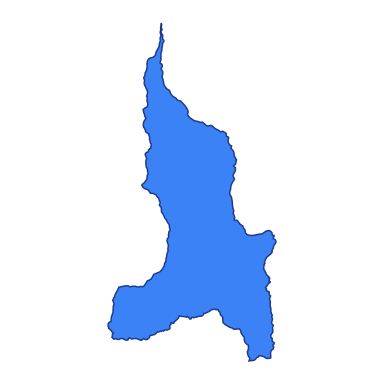 Campamento, Antioquia, Colombia
{"feature_id": "7082276B86795157011208", "entity_name": "Campamento", "entity_type": "district", "adm_level": 2, "iso_a3": "COL", "parent_name": "Colombia", "parent_adm1": "Antioquia", "projection": "orthographic", "projection_center": [-75.286, 7.07], "detail": "fine", "context": "isolated", "style": "filled", "palette": "blue", "viewbox_px": 384, "rotation_deg": 0, "n_neighbors": 0, "source": "geoboundaries", "source_scale": "gbopen_adm2", "svg_char_len": 6061}
<svg xmlns="http://www.w3.org/2000/svg" viewBox="0 0 384 384"><path d="M136.6,338.6L140.6,340.2L141.5,340.3L143.0,339.0L143.6,338.8L145.4,339.5L147.2,339.5L149.5,337.5L149.7,336.1L150.0,335.6L154.7,334.5L155.9,333.6L157.1,332.0L159.0,331.9L160.2,331.3L161.3,331.4L162.3,330.7L163.5,331.1L164.6,330.0L167.3,330.0L169.4,329.1L169.8,328.8L169.9,328.1L169.7,325.6L170.9,324.6L171.0,323.0L171.6,322.8L173.0,323.3L173.8,323.1L174.4,321.7L175.7,320.7L178.3,318.2L179.3,315.9L179.9,315.9L181.0,316.3L185.0,316.7L186.3,317.2L187.3,316.4L188.8,317.6L189.8,318.9L190.7,319.0L191.1,318.8L191.3,317.8L192.0,317.3L193.9,317.7L195.2,317.1L196.7,317.1L197.9,316.5L200.9,316.2L202.5,315.6L203.4,314.8L203.6,313.5L205.0,313.3L208.5,311.8L212.2,309.4L214.7,309.2L216.1,309.8L216.9,309.4L217.8,309.6L218.9,311.4L219.7,311.9L220.7,315.2L221.8,316.0L222.7,317.5L223.0,322.5L224.8,324.3L229.3,327.1L232.4,328.1L233.7,329.2L239.2,328.9L240.4,330.1L241.3,333.4L244.1,337.3L244.4,338.7L244.3,340.1L245.2,342.6L247.1,344.5L248.1,344.8L248.3,345.1L248.5,347.5L248.2,349.8L247.4,351.6L247.4,352.6L247.8,354.7L248.6,356.5L249.7,358.0L249.7,358.9L249.0,361.0L251.5,360.5L253.3,360.5L254.1,360.2L255.4,359.4L256.7,357.6L258.3,357.1L259.1,355.6L260.5,355.8L264.1,356.7L265.5,357.9L266.9,358.5L268.8,358.4L270.6,358.0L270.8,357.3L270.5,352.8L271.3,350.5L272.8,349.3L273.6,348.0L273.7,346.9L272.9,345.7L272.9,345.2L273.9,344.3L274.3,343.2L274.2,342.8L272.4,341.4L272.1,340.5L272.2,338.4L271.0,337.2L270.8,336.6L270.9,335.0L272.9,332.1L272.5,327.4L273.3,325.4L271.7,323.5L271.5,323.0L272.5,319.1L272.4,318.3L271.7,317.2L272.3,314.9L271.4,313.7L271.2,312.3L270.8,311.6L270.9,309.0L270.1,305.1L270.4,301.9L269.5,298.9L270.6,296.0L269.7,295.1L269.1,293.9L269.2,291.9L266.3,290.5L266.4,288.7L265.6,287.7L267.7,284.9L268.4,283.5L269.9,282.6L270.2,282.2L270.1,281.6L269.0,281.2L269.7,278.3L269.5,277.9L268.7,277.7L268.7,276.5L267.8,276.0L266.3,274.3L265.8,272.6L265.1,271.9L264.9,270.7L264.0,269.8L263.7,267.1L264.2,265.1L264.0,264.5L264.9,263.6L264.6,261.8L265.3,259.9L266.9,257.0L269.2,255.3L271.5,253.2L272.1,252.1L272.2,249.9L273.4,247.9L273.6,245.9L275.5,243.3L275.9,242.3L275.9,241.2L275.5,240.0L273.5,238.7L273.2,238.2L273.3,237.6L274.1,236.3L274.0,235.4L273.3,235.6L272.2,234.9L271.9,232.6L271.3,231.9L269.9,230.8L268.6,230.6L267.1,230.8L265.6,231.4L262.4,233.7L261.1,234.1L259.2,234.1L252.9,235.5L249.3,235.3L248.0,234.9L246.6,234.2L245.5,232.9L245.0,229.9L243.6,228.2L242.7,225.9L240.1,224.2L237.1,220.3L236.5,220.2L235.1,220.4L234.3,220.1L234.3,219.2L234.8,217.9L234.1,215.3L233.1,213.4L233.1,212.7L233.8,211.2L233.7,210.5L233.1,208.9L232.5,205.7L232.2,201.2L231.4,196.9L229.8,194.5L229.7,192.1L229.8,191.2L230.4,190.2L231.0,185.5L232.4,182.4L234.4,179.3L234.3,178.5L233.2,176.7L233.0,175.1L235.4,170.7L235.4,168.0L235.3,167.5L234.0,166.5L233.6,165.8L234.0,165.1L235.2,164.7L235.5,164.3L236.5,159.8L235.6,158.5L234.3,155.7L233.6,151.4L231.1,148.3L231.0,147.5L231.6,146.5L231.5,145.9L229.9,145.1L228.1,142.4L228.2,139.5L228.7,137.7L228.2,137.0L226.9,136.5L226.4,136.0L226.2,133.9L225.8,133.0L224.5,132.4L223.6,131.5L222.4,131.3L221.5,131.7L220.4,131.7L218.1,130.0L215.2,128.7L211.8,125.6L210.3,125.4L208.2,126.0L207.2,125.9L206.2,125.4L202.5,122.2L200.6,122.4L196.8,121.2L194.4,120.8L190.1,117.9L188.8,116.6L187.7,115.0L187.6,114.0L188.1,112.3L188.1,111.3L187.5,109.6L185.3,106.0L180.6,101.0L177.6,100.3L176.0,98.2L172.8,96.3L170.8,93.9L170.1,92.4L169.9,91.3L169.3,90.3L166.5,88.6L164.4,85.7L163.5,82.8L163.2,80.0L162.2,77.6L162.2,75.5L162.8,73.7L162.8,71.9L161.3,69.2L161.3,68.4L162.3,66.4L162.3,65.3L161.7,64.0L160.2,63.4L160.0,62.9L161.0,59.5L160.9,52.9L161.9,50.4L161.9,48.2L162.5,45.3L162.5,43.3L163.7,41.8L163.9,40.8L163.8,40.3L162.6,38.9L162.7,35.1L161.4,33.3L161.1,32.1L161.1,31.4L162.1,29.5L161.2,27.5L161.7,24.5L161.2,23.0L160.6,27.8L160.7,30.1L160.2,32.3L160.9,35.6L160.1,38.0L160.3,41.2L159.5,43.1L159.2,46.1L157.9,48.8L156.2,51.8L155.6,54.4L154.7,56.0L153.2,57.2L149.7,58.2L148.4,59.1L147.3,61.5L147.2,63.0L146.9,63.7L147.2,67.0L146.8,68.3L146.7,69.7L145.2,72.9L144.8,75.9L143.8,77.3L143.9,78.6L144.6,80.4L144.2,82.7L144.3,84.3L147.5,91.1L147.5,93.3L146.6,96.2L147.2,97.4L147.0,101.2L147.6,102.8L147.8,104.8L147.0,107.1L145.0,108.0L143.1,109.4L143.8,113.0L144.6,114.3L144.6,116.0L145.8,118.0L145.6,119.0L144.2,120.9L143.5,122.7L143.3,125.9L143.6,126.9L145.4,130.1L145.6,131.8L146.4,132.3L147.7,133.5L148.9,134.1L148.9,135.1L149.6,137.1L149.5,139.7L150.4,141.5L150.2,142.6L151.3,144.2L151.4,145.0L150.8,146.5L150.8,148.1L149.4,148.9L148.6,149.8L148.2,151.8L147.6,152.2L146.2,152.5L145.2,154.1L145.2,154.9L146.0,156.4L146.6,158.9L145.8,160.9L146.2,166.8L147.5,169.5L147.6,171.8L148.0,172.9L148.0,173.6L147.1,175.9L147.0,179.0L144.3,182.8L142.2,184.4L141.8,185.4L143.0,187.3L143.9,188.1L144.8,188.7L147.5,189.6L148.4,190.2L150.4,193.2L153.2,193.5L156.0,194.8L156.7,196.2L158.9,198.6L159.2,200.6L160.1,202.0L160.1,203.4L159.5,204.4L159.4,205.2L160.9,207.0L161.3,208.4L161.5,212.0L162.1,212.9L163.1,214.0L164.7,217.8L166.3,219.8L167.6,222.6L168.7,223.9L169.3,225.1L169.5,227.9L170.0,229.0L170.1,230.3L169.3,231.1L168.9,231.9L168.4,235.1L168.8,236.8L167.4,238.8L167.0,240.9L168.4,245.4L167.9,248.7L168.0,251.1L166.8,254.6L166.6,256.7L166.0,259.0L165.8,261.9L164.6,263.0L164.3,265.8L161.7,270.0L159.9,271.8L153.8,274.4L151.4,278.7L150.5,279.5L147.2,281.0L145.8,283.5L143.7,286.3L142.7,286.7L140.6,286.4L138.7,287.0L137.8,287.0L135.4,286.3L132.5,286.2L130.8,286.9L130.1,286.8L128.2,285.9L126.5,285.8L123.8,286.1L118.9,287.2L117.3,290.7L115.6,293.6L115.0,295.0L114.6,296.8L113.7,297.9L113.3,299.4L112.7,300.1L114.1,303.8L113.3,306.1L113.0,312.3L111.3,317.4L111.2,321.0L108.4,323.1L108.1,324.8L108.1,326.3L108.6,327.1L108.8,328.5L109.9,329.1L110.3,329.9L111.3,330.6L112.2,332.3L113.3,333.1L112.4,334.4L112.2,336.7L111.9,337.2L112.7,337.8L113.5,339.0L114.4,339.1L115.8,338.6L117.4,339.4L118.9,339.4L120.3,338.7L122.2,338.5L125.9,340.1L127.1,340.2L128.1,339.8L128.6,338.3L129.5,337.8L131.2,338.9L132.6,338.9L134.4,338.5L136.6,338.6Z" fill="#3b82f6" stroke="#1e3a8a" stroke-width="1.5"/></svg>